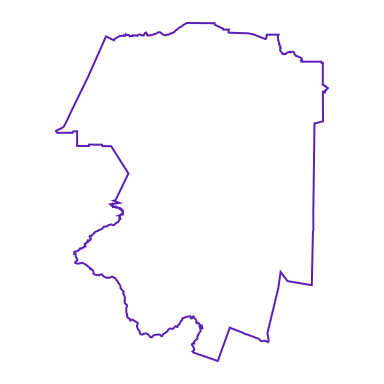 outline of Rotorua District, Bay of Plenty, New Zealand
{"feature_id": "76426892B632863576138", "entity_name": "Rotorua District", "entity_type": "district", "adm_level": 2, "iso_a3": "NZL", "parent_name": "New Zealand", "parent_adm1": "Bay of Plenty", "projection": "natural_earth1", "projection_center": [176.197, -38.253], "detail": "fine", "context": "isolated", "style": "outline", "palette": "violet", "viewbox_px": 384, "rotation_deg": 0, "n_neighbors": 0, "source": "geoboundaries", "source_scale": "gbopen_adm2", "svg_char_len": 5856}
<svg xmlns="http://www.w3.org/2000/svg" viewBox="0 0 384 384"><path d="M75.1,262.8L76.9,263.6L79.1,263.5L82.3,262.8L86.6,265.1L87.7,266.3L89.3,267.2L89.7,267.8L89.8,268.4L90.3,268.7L90.4,269.1L91.0,268.7L92.1,269.7L93.3,271.4L93.5,273.8L95.6,274.9L98.1,275.0L99.5,275.3L100.4,274.5L101.7,274.3L102.1,274.5L103.5,276.3L105.5,277.4L109.4,277.9L111.0,276.9L111.8,276.7L112.6,276.8L113.2,277.3L114.9,277.9L116.6,280.3L118.0,281.8L118.4,283.0L119.7,284.7L120.4,286.2L120.6,287.2L120.5,288.2L121.5,289.2L121.8,289.9L123.3,291.0L123.7,291.6L123.6,292.6L123.0,293.2L124.1,295.1L125.0,298.1L125.0,298.9L124.5,300.3L124.7,301.0L124.6,302.1L125.2,303.7L126.7,304.7L127.0,306.1L126.2,308.4L126.4,309.9L126.2,311.3L126.4,312.8L127.0,313.9L127.0,315.2L127.4,316.4L127.4,317.4L130.0,319.1L130.3,320.6L131.9,319.7L132.6,319.6L134.6,321.1L137.1,322.5L137.8,323.2L137.8,323.8L137.0,325.4L137.0,326.4L137.2,326.8L137.3,327.5L137.9,329.1L139.4,331.0L140.1,333.8L140.8,334.3L142.3,334.6L143.3,333.9L146.4,333.4L148.5,334.7L150.1,336.9L150.9,337.4L152.4,336.8L153.7,335.2L155.4,334.8L159.7,334.5L160.1,334.7L161.3,336.1L162.2,336.1L162.6,335.6L162.9,334.6L163.4,334.0L167.0,331.6L167.8,330.7L168.1,329.8L169.5,328.8L170.4,328.5L171.6,328.8L173.2,328.6L174.2,327.6L174.9,326.6L175.5,326.2L176.2,326.4L177.1,327.1L177.4,327.0L178.0,325.2L179.7,323.8L180.7,321.4L182.1,319.9L182.3,318.7L182.6,318.3L184.2,317.9L185.5,317.1L186.9,316.7L190.3,316.3L190.7,316.7L190.7,317.6L190.9,318.1L191.4,318.4L191.9,318.4L192.2,318.1L192.8,316.7L193.3,316.4L193.7,316.6L194.4,318.1L196.2,320.0L196.5,321.2L196.2,322.3L196.5,323.0L197.1,323.3L198.2,322.9L199.0,323.4L199.6,324.5L199.6,325.4L199.4,326.3L199.6,326.7L200.1,326.6L200.8,325.4L201.7,325.4L201.9,326.0L201.9,327.1L202.5,328.1L202.1,328.4L200.8,328.2L200.2,328.5L200.2,328.9L200.7,330.5L200.5,331.2L198.0,335.0L197.3,336.4L197.5,338.1L197.4,338.7L195.3,340.4L193.7,342.4L193.6,342.9L194.2,343.1L194.3,343.6L192.7,343.6L191.9,344.2L191.9,344.8L193.3,346.6L194.3,349.4L194.0,350.2L192.5,351.5L193.5,352.6L217.8,361.0L229.8,327.7L242.8,332.7L243.4,333.2L245.7,334.3L246.4,334.2L258.9,338.9L261.0,341.1L264.7,340.7L268.2,342.0L268.4,341.4L268.6,339.2L267.4,333.6L267.5,332.8L278.3,288.1L280.6,271.9L287.5,281.1L311.8,285.2L312.9,232.9L313.4,229.5L313.3,212.6L314.5,123.5L323.0,121.3L322.9,91.9L323.7,91.4L324.8,92.4L325.0,92.0L324.6,91.5L324.9,91.4L324.8,91.0L325.4,90.7L325.8,90.0L327.0,89.3L328.0,88.2L327.9,88.0L327.4,87.7L326.3,87.2L325.7,86.1L324.8,86.1L324.4,85.6L323.8,85.5L323.3,85.2L323.0,84.6L322.8,84.6L322.8,62.8L321.5,62.8L321.4,62.1L321.0,61.5L320.5,61.7L301.4,61.7L301.7,60.7L301.1,60.3L301.7,59.9L301.6,59.4L301.9,59.1L301.4,58.0L300.2,57.4L299.0,57.2L297.8,56.3L296.5,56.2L296.0,55.9L295.7,55.3L294.8,54.5L294.2,53.2L294.1,52.5L292.9,51.9L291.8,51.7L290.4,52.4L290.0,51.9L289.3,51.7L288.5,52.3L288.0,52.2L286.3,53.2L285.8,53.9L285.3,54.0L284.4,54.3L283.8,53.9L283.1,54.1L282.3,53.8L282.2,53.5L282.4,53.1L281.3,52.1L280.1,50.4L280.1,49.4L280.7,48.5L280.7,48.1L280.2,47.5L280.3,46.3L279.2,45.0L279.5,44.1L279.0,43.4L278.9,42.2L278.4,40.9L277.7,36.7L278.6,34.7L266.7,34.7L266.8,35.9L266.4,36.8L266.4,37.8L265.4,39.1L252.9,34.2L247.7,33.3L228.8,32.7L228.4,32.2L228.9,29.6L223.2,29.6L223.1,28.7L214.8,24.8L214.5,23.9L214.6,23.2L186.7,23.0L183.6,24.8L181.1,26.7L179.2,27.5L176.7,30.0L176.1,30.2L175.0,31.1L174.6,31.8L174.0,32.0L172.8,33.0L170.7,33.4L168.1,34.8L167.3,34.7L166.3,35.1L164.8,35.1L162.9,34.5L162.3,34.1L161.7,33.3L160.1,32.3L158.9,32.2L157.6,32.5L157.1,33.1L155.7,33.9L153.8,34.2L151.6,35.1L151.0,35.0L150.3,35.4L148.6,35.4L147.7,35.6L147.1,35.1L146.7,33.4L146.2,33.1L146.1,32.6L145.8,32.5L145.1,32.9L144.7,34.0L144.3,34.2L144.0,35.0L143.5,35.5L142.9,35.5L142.4,35.1L141.6,35.3L140.0,34.5L139.4,34.4L138.2,34.8L137.1,35.9L136.0,35.4L134.2,35.6L133.3,35.5L132.8,35.2L132.6,35.4L132.3,36.1L131.6,36.2L131.2,36.0L130.1,36.3L129.1,35.6L128.9,35.0L128.1,35.1L127.7,34.8L126.7,35.1L126.1,34.6L126.1,35.3L125.4,35.7L124.7,35.4L124.4,35.6L124.3,35.3L124.2,35.2L123.9,35.8L123.4,35.5L123.0,35.9L122.5,35.7L120.9,36.1L119.8,35.9L114.5,39.1L114.0,40.3L106.0,36.4L88.2,76.6L72.8,108.1L66.0,122.5L63.5,127.1L56.0,130.9L57.2,132.8L70.4,132.8L70.4,132.6L70.6,132.6L72.3,133.0L73.3,131.3L77.1,131.3L77.1,145.9L88.9,146.0L88.9,144.6L102.0,144.7L102.5,146.1L111.1,146.1L128.4,173.5L115.6,200.1L113.7,200.7L119.4,202.9L110.5,204.3L111.0,204.6L111.4,204.3L111.2,205.3L111.8,205.3L112.1,205.0L112.3,205.4L112.6,205.4L112.5,206.0L112.8,206.8L113.4,206.4L113.6,206.9L114.0,206.8L114.5,207.1L115.3,206.7L115.4,207.2L116.1,207.6L116.3,207.6L116.5,207.1L116.8,207.1L117.1,207.7L117.4,207.7L117.5,207.4L118.6,207.8L118.9,208.3L119.7,208.1L119.8,209.0L120.5,209.6L120.8,209.5L120.7,208.7L121.7,209.3L121.9,210.5L122.1,210.8L123.0,210.7L123.0,211.0L122.5,211.6L122.9,212.0L122.3,213.3L123.0,213.7L123.1,214.1L122.2,214.8L121.1,214.4L120.0,215.2L118.9,215.6L119.4,215.7L119.7,216.1L120.0,217.2L119.4,217.4L119.3,218.0L119.5,218.2L120.0,217.9L120.4,218.5L120.1,218.9L120.2,219.2L119.5,219.6L118.2,222.0L115.7,223.3L114.1,225.1L112.9,225.2L111.4,224.5L110.7,224.4L108.2,225.4L106.6,226.5L103.8,226.7L101.9,229.0L99.8,229.7L98.0,230.8L95.2,231.8L94.2,233.1L91.5,235.8L90.3,236.1L89.1,235.7L89.8,236.3L90.2,237.9L90.9,238.4L90.9,238.9L90.4,239.3L90.0,240.2L89.0,240.5L88.6,240.3L87.8,240.3L87.6,240.8L88.5,240.9L88.4,241.5L87.7,241.8L87.5,242.4L86.3,242.7L86.3,243.1L85.6,243.7L84.9,243.9L85.0,244.2L84.8,244.7L85.2,245.9L85.5,246.3L85.0,246.5L84.4,246.2L84.0,246.8L83.9,247.4L82.2,247.8L81.8,248.3L81.1,248.3L81.0,248.7L80.1,248.4L79.4,249.1L79.2,249.8L77.9,250.5L77.3,251.3L76.7,251.5L75.2,251.4L74.1,252.1L74.2,252.9L74.7,252.8L74.8,253.3L74.6,253.6L74.8,253.8L74.6,254.0L75.6,254.2L75.8,256.6L76.2,257.7L76.9,258.5L76.9,258.9L77.4,259.9L77.3,260.3L77.0,260.8L76.0,261.3L75.1,262.4L75.1,262.8Z" fill="none" stroke="#5b21b6" stroke-width="2"/></svg>